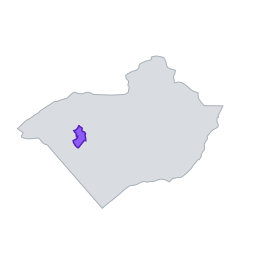 Sembabule on a map of Uganda (Robinson projection), rotated 49°
{"feature_id": "UGA-3077", "entity_name": "Sembabule", "entity_type": "District", "adm_level": 1, "iso_a3": "UGA", "parent_name": "Uganda", "parent_adm1": "", "projection": "robinson", "projection_center": [31.266, -0.042], "detail": "fine", "context": "in_parent", "style": "filled", "palette": "violet", "viewbox_px": 256, "rotation_deg": 49, "n_neighbors": 0, "source": "natural_earth", "source_scale": "10m", "svg_char_len": 2854}
<svg xmlns="http://www.w3.org/2000/svg" viewBox="0 0 256 256"><g transform="rotate(49 128 128)"><path d="M171.7,200.1L168.8,200.1L164.0,200.1L159.3,200.1L154.5,200.1L149.8,200.1L145.0,200.1L140.3,200.1L135.5,200.1L130.7,200.1L126.0,200.1L121.2,200.1L116.5,200.1L111.7,200.1L106.9,200.1L102.2,200.1L97.4,200.1L92.7,200.1L89.9,200.1L89.3,200.0L88.9,199.8L87.1,200.2L85.3,201.6L83.3,202.1L81.2,201.9L80.9,202.0L79.8,202.0L78.3,201.9L76.9,202.3L75.8,203.4L74.7,205.4L72.8,207.7L71.3,209.7L70.0,211.2L67.0,213.5L65.4,214.2L64.6,214.1L64.1,213.7L63.1,210.7L62.6,210.2L56.8,211.7L55.9,211.8L56.0,210.8L55.6,203.7L55.5,199.3L56.3,196.6L56.7,193.4L56.8,190.6L57.8,185.9L57.4,183.1L58.8,173.1L59.1,171.5L59.7,166.7L60.5,165.2L61.3,164.6L62.3,161.7L64.2,157.0L65.5,154.6L65.2,149.3L65.4,145.7L65.7,144.9L68.5,143.5L72.1,140.2L73.7,136.3L75.8,133.8L80.0,132.1L92.5,118.7L98.3,111.4L100.8,107.7L100.9,106.4L101.3,104.6L100.3,103.3L99.1,102.0L98.7,100.9L97.7,100.3L96.2,100.3L95.2,99.5L94.1,97.9L93.0,96.8L89.5,96.9L86.8,95.3L86.8,93.0L87.8,88.5L89.9,83.4L90.0,82.0L89.7,80.8L89.2,79.7L88.3,78.7L87.4,77.5L88.1,73.8L89.4,70.2L90.5,68.4L91.5,66.4L91.2,64.7L89.7,63.9L90.5,62.3L92.1,59.5L95.3,56.8L98.1,54.9L100.0,54.9L103.6,56.4L106.9,58.1L108.7,58.2L110.8,57.5L115.4,54.4L116.5,55.4L117.8,57.3L119.2,60.3L122.1,61.7L123.4,62.7L124.4,63.0L124.9,62.7L126.0,60.3L127.3,59.0L129.7,57.3L135.1,56.0L138.9,55.6L140.5,55.3L143.2,54.5L147.4,52.1L151.6,55.3L156.2,55.9L160.6,55.9L161.9,54.9L162.7,54.1L167.3,48.9L173.6,41.8L177.8,51.8L179.2,52.4L179.0,53.3L178.7,54.1L181.4,56.5L184.8,57.8L186.0,59.0L186.1,60.4L185.0,66.2L185.2,67.9L186.3,73.8L188.3,75.1L190.0,81.0L193.6,83.5L194.1,84.3L195.0,87.1L196.1,90.3L196.9,91.0L197.5,91.2L198.5,94.5L197.9,96.4L198.8,102.1L200.1,107.2L200.5,113.2L200.5,115.9L200.4,117.6L200.1,119.9L199.5,121.2L198.4,122.5L197.1,124.5L196.0,126.7L195.3,127.8L195.8,131.1L195.7,132.0L195.4,132.4L193.8,132.9L191.7,133.8L190.4,134.6L188.6,136.3L187.2,138.1L185.3,143.4L182.2,147.5L181.6,148.9L178.6,151.3L177.3,154.4L176.5,158.1L175.3,160.8L172.8,164.4L172.2,170.2L172.3,181.7L171.6,194.9L171.7,200.1Z" fill="#d9dde1" stroke="#a8b0b8" stroke-width="1"/><path d="M94.0,163.6L94.2,163.4L95.2,163.4L96.2,163.3L97.2,162.7L98.2,162.8L99.0,163.8L99.8,164.5L101.0,164.6L101.8,163.7L103.0,163.6L104.2,163.7L104.6,164.0L105.2,165.1L105.8,165.4L107.9,166.7L109.9,168.2L108.7,169.1L109.1,171.3L109.7,174.9L110.3,177.6L110.2,178.7L109.7,178.9L107.8,179.2L106.3,179.2L105.8,179.1L105.2,179.0L103.0,178.6L101.5,177.6L101.8,176.8L102.0,176.0L102.2,175.3L102.3,174.5L102.3,174.0L102.2,173.6L102.3,172.7L101.7,172.0L101.0,171.4L100.6,172.5L99.2,171.7L99.1,171.2L97.7,170.7L97.0,170.5L96.7,170.8L96.1,171.0L95.2,170.7L94.4,170.6L94.6,170.1L94.9,169.7L95.2,169.1L95.2,167.1L95.0,165.9L94.5,164.8L94.0,163.6Z" fill="#8b5cf6" stroke="#5b21b6" stroke-width="1.5"/></g></svg>